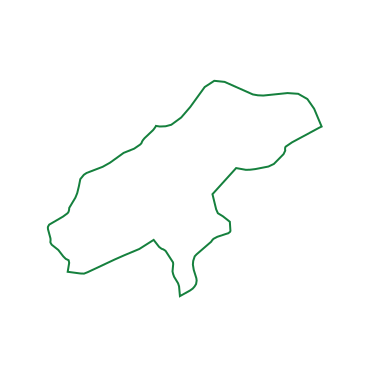 outline of Takêv, rotated 238°
{"feature_id": "KHM-1802", "entity_name": "Takêv", "entity_type": "Province", "adm_level": 1, "iso_a3": "KHM", "parent_name": "Cambodia", "parent_adm1": "", "projection": "equal_earth", "projection_center": [104.777, 10.935], "detail": "fine", "context": "isolated", "style": "outline", "palette": "green", "viewbox_px": 384, "rotation_deg": 238, "n_neighbors": 0, "source": "natural_earth", "source_scale": "10m", "svg_char_len": 1564}
<svg xmlns="http://www.w3.org/2000/svg" viewBox="0 0 384 384"><g transform="rotate(238 192 192)"><path d="M267.1,196.5L264.6,199.4L261.7,204.5L260.0,210.1L260.9,222.3L265.0,235.5L274.3,258.4L274.5,269.8L268.1,278.0L242.5,295.3L239.1,299.1L236.0,303.6L225.3,325.4L219.0,334.1L209.7,339.1L197.9,339.7L185.0,337.6L178.8,336.6L179.1,334.1L181.1,303.2L180.8,295.4L180.2,294.5L179.4,293.9L178.6,293.4L177.7,293.0L175.6,289.7L172.4,276.3L173.1,270.3L177.9,257.8L180.0,253.3L182.2,249.5L188.9,242.1L179.3,208.2L164.5,203.3L160.3,202.7L155.1,205.3L146.7,208.3L138.7,204.0L138.1,203.3L137.8,201.1L140.6,189.7L140.9,185.4L140.3,183.2L139.7,182.1L136.7,162.8L136.0,160.2L132.9,156.5L130.0,154.3L125.0,152.2L116.6,150.0L114.4,149.0L111.8,146.7L110.5,144.1L109.7,141.4L109.5,138.0L110.1,126.6L118.8,131.0L121.9,131.8L129.6,131.9L132.4,132.5L135.0,133.4L140.9,137.9L142.4,138.6L155.9,138.4L156.8,138.1L158.5,137.3L160.0,136.1L162.9,135.0L171.7,134.1L171.6,117.1L174.2,101.2L175.7,90.8L179.3,61.0L180.0,57.2L182.1,54.1L190.2,44.3L197.0,50.3L199.5,51.2L200.0,50.9L202.2,49.5L205.6,48.7L213.7,47.9L221.6,45.1L223.3,45.1L224.5,45.3L225.4,46.0L226.2,46.6L227.7,47.4L236.9,50.2L238.5,51.1L239.0,51.7L240.0,53.6L239.5,69.6L239.9,74.9L240.2,76.0L240.7,76.9L242.0,78.3L243.6,79.5L249.0,90.1L251.9,94.1L257.0,99.3L262.1,104.1L263.9,109.4L264.0,112.7L260.7,129.6L260.3,137.9L261.4,154.8L259.4,165.9L259.7,173.1L260.1,174.8L260.7,175.7L261.3,176.5L262.0,177.9L262.8,180.3L265.1,191.7L265.5,192.9L265.9,193.9L267.0,196.4L267.1,196.5Z" fill="none" stroke="#15803d" stroke-width="2"/></g></svg>